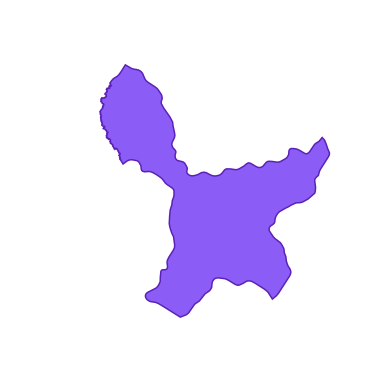 Rio San Juan, María Trinidad Sánchez, Dominican Republic, rotated 302°
{"feature_id": "3306468B8616193891808", "entity_name": "Rio San Juan", "entity_type": "district", "adm_level": 2, "iso_a3": "DOM", "parent_name": "Dominican Republic", "parent_adm1": "María Trinidad Sánchez", "projection": "robinson", "projection_center": [-70.066, 19.564], "detail": "fine", "context": "isolated", "style": "filled", "palette": "violet", "viewbox_px": 384, "rotation_deg": 302, "n_neighbors": 0, "source": "geoboundaries", "source_scale": "gbopen_adm2", "svg_char_len": 5874}
<svg xmlns="http://www.w3.org/2000/svg" viewBox="0 0 384 384"><g transform="rotate(302 192 192)"><path d="M143.8,316.9L148.8,318.6L152.4,319.0L172.6,319.3L174.7,319.0L176.6,318.2L178.4,316.3L180.2,312.6L181.9,310.3L183.9,308.2L186.9,305.9L189.4,302.5L192.2,300.3L193.0,299.4L195.2,295.4L195.9,293.5L196.5,286.8L197.1,284.7L199.8,278.6L201.1,277.2L202.2,276.6L203.5,276.4L204.7,276.6L207.3,277.8L209.0,278.2L210.3,278.1L213.6,276.6L215.5,276.1L219.0,276.0L221.7,276.6L227.4,279.6L230.7,281.7L233.1,282.8L237.2,285.5L238.1,286.3L240.6,289.8L242.6,291.4L247.7,294.2L256.0,296.7L257.6,296.3L261.5,294.3L266.4,290.2L268.2,289.4L270.0,289.5L273.0,290.4L276.8,289.2L279.0,288.9L294.0,289.0L296.1,288.8L297.3,288.3L298.3,287.5L300.5,284.3L304.0,280.1L306.2,277.0L307.2,273.5L302.4,272.9L298.4,271.0L296.9,270.7L288.6,270.4L287.2,270.1L285.9,269.6L285.0,268.6L284.5,267.3L284.3,260.3L283.9,258.0L282.9,255.6L281.4,253.0L280.4,252.4L279.2,252.2L278.1,252.5L275.6,253.8L274.4,254.2L271.8,254.3L269.9,253.7L264.8,250.9L263.3,249.6L262.2,248.0L260.3,243.6L258.8,240.9L258.0,240.0L256.4,239.2L251.3,238.5L249.6,237.5L248.3,236.0L247.8,234.6L247.5,232.3L247.4,226.9L247.1,225.5L246.5,224.3L245.0,223.4L241.5,222.3L237.0,219.9L235.4,218.8L234.1,217.3L232.2,212.9L230.3,209.6L229.6,208.7L227.9,207.9L224.1,207.5L222.2,207.0L220.9,206.3L219.2,204.8L217.8,203.1L216.8,201.1L216.3,198.9L215.9,193.8L215.2,191.8L213.5,189.8L210.1,187.9L207.9,186.1L205.9,183.8L205.0,181.8L204.9,179.7L205.4,177.8L206.2,176.9L209.6,175.5L210.7,174.0L212.5,170.7L212.7,169.4L212.7,168.0L211.1,163.3L211.1,161.9L211.8,160.1L213.7,158.4L217.0,157.3L217.9,156.7L218.5,155.7L219.4,152.7L219.9,151.5L221.7,149.6L223.5,148.9L228.8,148.3L230.8,147.6L233.1,145.7L238.0,140.9L241.0,138.5L243.9,133.6L248.2,123.5L250.7,119.1L252.2,118.1L255.1,117.3L256.2,116.7L257.6,115.4L258.4,114.4L260.6,109.5L261.3,107.5L261.6,104.3L261.7,97.1L262.1,93.9L263.1,91.9L266.4,87.2L267.1,85.1L267.2,83.6L267.0,81.4L265.2,77.1L264.7,75.0L264.5,68.1L256.0,68.1L252.5,67.8L250.5,67.3L246.5,65.3L243.7,64.8L241.4,64.7L241.4,65.0L240.6,65.0L240.6,65.3L240.0,65.6L240.0,65.9L239.5,66.2L239.5,67.1L238.7,67.1L238.7,66.8L238.4,66.8L238.4,65.9L238.2,65.9L238.2,65.6L237.1,65.9L237.1,66.2L236.8,66.2L236.8,66.8L236.3,67.1L236.0,66.5L235.8,66.5L235.5,65.9L235.2,65.9L235.2,65.3L235.0,65.0L233.9,65.0L233.9,65.3L233.4,65.3L233.4,65.9L233.1,65.9L232.9,66.5L232.1,66.5L232.1,66.8L231.5,66.8L231.5,66.5L229.9,66.5L229.9,66.2L228.9,66.2L228.9,67.7L228.6,67.7L228.3,68.3L227.8,68.3L227.8,68.6L226.5,68.6L226.2,68.0L225.4,68.0L225.2,67.4L224.9,67.4L224.6,66.8L224.4,66.8L224.4,66.5L224.1,66.5L224.1,65.9L223.8,65.9L223.8,65.6L222.8,65.6L222.8,65.9L222.0,65.9L221.7,66.5L221.2,66.5L221.2,66.8L220.6,66.8L220.6,67.1L220.4,67.1L220.4,68.3L219.8,68.6L219.8,69.3L219.6,69.3L219.8,69.9L219.6,69.9L219.6,70.5L219.0,70.8L219.0,71.1L218.8,71.1L218.8,70.8L217.7,70.8L217.7,71.1L216.9,71.1L216.9,71.4L216.4,71.4L216.4,71.7L214.0,71.7L214.0,71.4L211.3,71.4L211.3,71.7L211.1,71.7L210.8,72.3L210.5,72.3L210.5,72.6L209.5,72.9L209.5,73.5L209.2,73.5L209.2,73.8L208.7,74.2L208.7,74.5L208.1,74.5L208.1,74.8L207.3,74.8L207.3,75.1L206.8,75.1L206.6,75.7L206.0,75.7L205.8,76.2L205.2,76.3L205.0,76.9L204.7,76.9L204.7,77.2L204.2,77.2L204.2,77.5L203.6,77.8L203.6,78.4L203.4,78.4L203.1,79.0L202.8,79.0L202.6,79.7L202.0,79.7L202.0,80.0L201.2,80.0L201.0,80.6L200.7,80.6L200.7,82.4L201.2,82.7L201.2,83.3L201.0,83.6L199.9,83.3L199.9,83.0L198.8,83.0L198.8,83.6L199.1,83.6L199.1,85.8L198.8,85.8L198.8,86.7L198.6,86.7L198.3,87.3L197.8,87.6L197.8,87.9L198.1,87.9L198.1,89.1L197.0,89.1L197.0,88.8L196.5,88.8L196.5,89.1L196.2,89.1L195.9,89.8L195.4,89.8L195.4,89.5L194.6,89.5L194.6,89.8L194.1,89.8L193.8,90.4L193.3,90.4L193.3,91.0L193.0,91.0L193.0,91.6L192.7,91.6L192.7,92.5L192.5,93.1L193.3,93.1L193.3,94.4L193.0,94.4L193.0,95.0L192.7,95.0L192.5,95.6L191.4,95.6L191.4,95.9L191.1,95.9L191.1,96.5L190.9,96.5L190.6,97.1L190.3,97.1L190.3,97.4L190.1,97.4L190.1,98.3L190.3,98.3L190.1,99.6L189.8,99.6L189.5,100.2L189.3,100.2L189.3,100.5L188.8,100.8L188.8,101.1L188.5,101.1L188.2,102.3L188.0,102.6L187.4,102.9L187.4,103.2L187.7,103.2L187.4,103.8L187.7,103.8L187.7,104.1L188.5,104.1L188.5,104.8L188.8,104.8L188.8,105.7L188.5,105.7L188.2,106.3L188.0,107.5L187.7,107.5L187.4,108.1L187.2,108.1L187.2,108.7L186.6,109.0L186.6,109.3L186.4,109.3L186.4,110.0L186.6,110.0L186.6,110.3L186.4,110.3L186.4,110.6L185.8,110.6L185.8,110.9L185.0,110.9L185.0,110.6L184.5,110.6L184.5,110.9L184.2,110.9L184.2,111.5L184.0,111.8L183.4,112.1L183.4,112.4L183.2,112.4L183.2,112.7L182.6,112.7L182.4,113.3L181.8,113.3L181.8,113.6L181.6,113.6L181.6,114.2L181.4,114.2L179.2,118.7L184.1,120.6L186.2,122.1L187.7,124.3L189.5,129.1L189.3,130.9L187.6,134.1L186.9,135.0L184.3,137.0L183.7,137.9L183.4,139.0L183.9,140.9L186.3,144.2L187.3,146.2L187.7,148.5L187.9,151.8L187.8,155.8L187.5,159.0L187.1,160.5L185.4,164.9L185.1,167.3L184.9,172.8L184.6,174.2L184.1,175.4L183.2,176.3L179.6,178.5L177.7,179.2L174.4,179.8L170.4,181.7L165.3,183.0L159.5,185.9L153.2,189.4L150.9,191.4L148.3,194.3L146.4,196.7L144.3,200.0L138.1,205.2L135.7,206.6L132.8,207.0L124.7,206.9L121.1,207.3L119.1,208.1L115.5,211.0L113.8,211.5L112.8,211.2L112.0,210.6L110.3,208.1L109.3,207.6L108.1,207.7L102.7,210.4L99.4,212.4L96.0,213.0L93.3,212.9L91.3,212.3L83.6,207.7L82.5,207.2L81.2,207.0L79.9,207.2L78.8,207.8L77.9,208.8L77.2,210.0L76.9,211.4L76.8,212.9L77.1,215.0L79.0,219.3L79.6,222.4L79.7,226.4L79.7,248.4L85.0,252.3L87.7,253.2L97.9,253.7L99.3,254.1L103.4,256.0L112.1,257.0L113.5,257.4L116.9,259.0L118.2,259.3L120.2,259.4L121.5,259.2L125.4,257.3L127.3,256.8L128.6,256.8L130.0,257.1L131.2,257.6L133.0,259.5L135.8,265.6L136.2,267.1L136.5,270.2L136.5,277.4L137.1,280.2L138.3,281.6L141.9,283.9L144.8,285.3L145.8,286.1L147.0,287.6L147.8,289.7L148.0,292.1L148.1,295.4L148.0,304.6L147.7,307.8L147.1,310.0L143.8,316.9Z" fill="#8b5cf6" stroke="#5b21b6" stroke-width="1.5"/></g></svg>